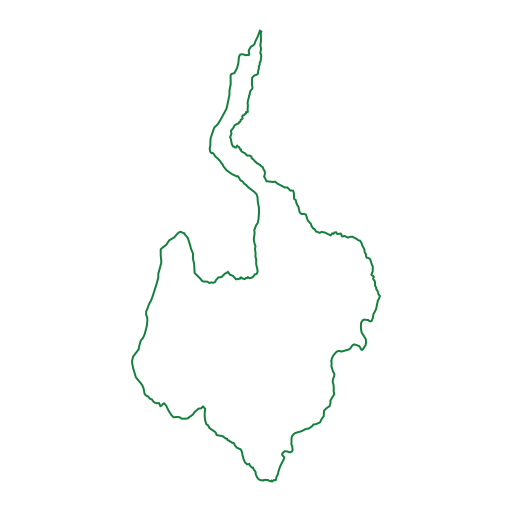 Leiva, Nariño, Colombia (Equal Earth projection)
{"feature_id": "7082276B29262956514041", "entity_name": "Leiva", "entity_type": "district", "adm_level": 2, "iso_a3": "COL", "parent_name": "Colombia", "parent_adm1": "Nariño", "projection": "equal_earth", "projection_center": [-77.3, 1.978], "detail": "fine", "context": "isolated", "style": "outline", "palette": "green", "viewbox_px": 512, "rotation_deg": 0, "n_neighbors": 0, "source": "geoboundaries", "source_scale": "gbopen_adm2", "svg_char_len": 6071}
<svg xmlns="http://www.w3.org/2000/svg" viewBox="0 0 512 512"><path d="M259.9,30.7L257.5,37.1L255.6,40.8L254.5,44.0L253.3,45.3L250.8,46.8L249.1,49.7L248.7,51.7L249.3,53.8L249.1,54.7L248.6,55.1L247.0,54.9L245.8,55.3L243.4,54.4L241.1,54.3L239.9,54.9L238.9,57.0L238.4,62.9L237.0,68.2L234.4,73.1L231.6,73.9L230.9,74.6L230.6,75.8L230.7,84.3L229.5,90.2L229.4,95.1L226.8,107.6L226.1,109.5L220.0,120.7L217.5,124.6L214.5,127.3L213.7,129.1L210.8,137.6L210.4,140.8L210.3,145.2L209.7,148.8L210.1,151.2L210.7,152.4L211.6,153.1L212.2,152.9L213.2,153.3L215.6,156.8L217.3,158.1L220.4,161.4L221.4,163.2L222.6,164.4L223.3,166.2L226.5,170.2L232.1,174.2L236.8,176.4L237.6,176.2L238.2,176.5L240.6,180.5L242.3,181.2L244.3,183.8L245.8,184.7L248.1,187.1L254.5,192.1L256.3,193.9L257.0,195.5L257.5,197.3L257.9,202.8L258.9,207.3L259.0,213.1L258.5,219.2L257.7,223.0L256.2,225.1L254.3,229.9L254.6,233.4L253.8,239.0L254.4,243.2L255.5,246.2L255.0,248.7L255.6,253.7L255.4,256.3L256.3,260.0L256.1,262.6L256.3,264.9L257.4,269.5L257.6,271.6L257.3,272.6L256.5,274.0L254.8,274.4L253.4,276.5L251.5,277.8L249.5,278.2L248.0,277.2L247.5,277.9L245.8,278.1L244.6,279.1L242.2,278.4L241.5,277.5L241.0,277.4L240.3,277.7L240.1,278.6L236.4,279.3L235.9,279.2L233.0,275.9L229.9,274.7L227.9,271.9L226.3,273.1L224.8,273.7L221.5,277.1L218.5,277.4L216.1,279.9L215.1,281.9L213.6,282.8L211.5,282.4L209.3,283.0L207.5,281.7L203.4,281.5L202.1,280.9L201.5,280.4L201.3,279.7L194.6,272.9L194.1,263.7L192.9,258.4L193.0,253.6L190.9,248.5L190.2,245.4L187.8,237.9L184.5,234.0L184.4,233.3L182.8,232.9L180.8,231.8L179.1,232.3L177.7,233.4L174.2,237.4L169.3,240.3L166.3,244.7L161.1,248.8L160.7,249.7L160.7,255.2L161.3,260.9L161.2,263.2L158.3,273.7L158.3,277.5L156.7,283.6L152.4,297.0L150.8,301.2L150.1,301.9L148.4,305.8L147.4,308.8L146.2,311.3L146.1,314.7L147.2,317.3L147.4,320.4L146.8,325.8L145.9,329.7L144.5,334.6L143.0,337.9L141.5,339.6L140.6,341.1L139.4,345.2L138.6,349.4L133.1,356.6L132.1,360.8L132.1,362.8L133.1,368.0L135.9,377.3L142.1,384.9L143.6,388.5L144.5,393.6L145.8,395.4L148.2,396.6L150.2,398.9L151.9,399.4L153.5,401.7L154.5,402.5L156.9,403.3L159.0,403.1L160.4,406.1L161.8,405.4L162.9,404.0L164.0,403.3L165.3,404.6L166.4,406.2L169.0,411.4L171.7,415.4L173.6,417.3L177.4,416.9L179.8,417.3L181.6,418.7L187.0,418.6L188.3,418.1L189.2,417.1L192.5,414.9L194.7,412.0L198.6,408.6L201.0,408.4L203.0,406.5L205.2,408.8L204.7,412.6L204.7,417.0L205.3,420.8L206.3,424.2L208.1,425.4L209.4,428.0L215.3,432.1L216.1,433.4L216.7,435.1L222.5,436.1L225.7,438.5L227.1,438.8L227.3,439.7L228.5,440.7L229.3,440.7L230.1,441.6L231.0,441.8L232.2,442.9L233.6,442.9L235.1,445.7L237.0,447.8L238.5,448.3L239.2,448.9L240.4,449.1L241.4,450.5L242.2,453.2L242.5,455.4L243.2,457.2L243.4,458.8L245.1,462.5L247.1,464.4L249.3,464.0L249.6,465.0L251.0,466.7L252.1,467.6L252.9,467.6L253.9,469.8L255.2,471.2L255.7,472.7L255.7,474.2L257.2,477.5L258.7,479.3L261.1,480.4L261.9,480.2L263.4,480.5L264.1,479.9L267.8,480.0L270.0,481.2L271.2,481.3L271.6,480.7L272.4,481.3L273.8,480.1L275.7,480.2L276.5,476.9L277.9,474.3L278.4,471.6L280.2,466.2L284.1,458.6L284.2,457.2L282.2,455.0L282.3,453.5L284.5,451.3L287.4,451.4L288.9,452.2L290.2,452.3L291.9,451.5L292.4,450.7L292.6,449.4L292.2,446.4L291.4,444.4L291.6,437.7L292.1,436.0L293.9,434.0L295.3,433.0L301.5,431.2L306.0,428.9L308.8,428.5L312.0,426.3L313.5,424.5L316.1,424.1L320.0,422.4L321.7,418.9L323.7,416.3L324.0,410.7L326.4,408.3L329.6,406.1L330.5,403.0L330.4,401.0L330.7,400.0L334.2,394.3L334.1,392.6L333.6,391.4L333.8,388.2L333.4,384.1L332.8,382.5L332.7,380.8L333.4,377.9L334.2,376.2L334.4,374.1L333.0,371.4L331.4,366.2L331.6,363.6L331.3,361.3L331.5,361.3L331.7,358.8L333.3,355.5L335.7,352.6L337.3,351.3L339.4,350.9L341.4,351.6L348.8,349.5L350.2,348.6L352.1,345.7L353.7,344.5L354.7,344.5L359.0,346.0L360.0,347.2L361.2,349.5L361.9,349.9L362.6,349.7L365.6,345.1L366.1,342.1L365.7,339.0L361.7,332.6L361.3,331.0L360.9,327.2L361.0,323.6L361.5,322.0L362.7,320.3L364.1,319.6L368.4,320.1L369.1,320.9L370.2,321.4L371.6,321.0L372.8,318.1L373.4,314.3L375.7,310.0L376.3,308.1L377.9,300.4L379.0,298.7L379.9,296.0L378.3,294.0L378.2,292.8L377.4,290.7L376.2,289.1L376.3,287.7L375.1,285.8L375.0,281.9L374.3,280.3L373.4,279.6L373.2,278.9L373.2,278.1L373.7,277.3L373.7,276.4L371.9,275.3L371.4,274.5L372.7,271.3L372.8,267.1L372.6,266.0L371.9,264.9L370.7,260.7L369.8,258.8L367.9,257.8L366.9,257.8L366.2,256.9L365.9,254.1L364.8,252.7L364.3,249.2L362.4,245.7L361.5,243.0L360.1,240.7L358.2,240.3L357.1,239.2L352.3,236.7L349.8,236.9L348.0,237.6L344.6,236.0L342.3,236.5L341.7,236.0L341.6,235.0L340.7,233.6L337.3,234.0L336.1,232.3L334.4,232.5L333.6,233.8L332.2,233.4L330.6,235.4L324.8,232.5L321.5,231.9L320.2,232.7L319.2,232.8L317.6,231.9L316.1,231.6L314.5,229.0L313.1,228.5L312.6,227.4L311.6,226.4L311.1,224.2L307.7,220.3L305.9,214.6L304.0,213.9L301.6,214.0L300.1,212.9L299.6,212.0L298.2,206.1L297.3,205.3L297.1,204.3L296.5,203.4L295.8,200.2L294.1,198.8L293.9,193.2L293.2,190.8L291.3,190.4L290.3,190.6L287.4,187.5L284.6,187.4L277.5,183.6L275.0,181.6L273.2,182.0L266.4,181.2L264.8,177.5L264.1,176.8L264.8,174.4L264.9,171.9L264.3,170.3L263.7,169.8L262.8,167.2L260.8,165.9L260.3,165.0L259.3,164.7L258.0,163.6L257.1,163.4L256.4,162.4L255.6,162.1L253.3,159.4L251.7,158.3L251.5,156.9L250.5,155.9L248.7,155.5L247.1,155.6L245.1,153.4L241.9,151.7L241.3,151.1L241.0,149.6L240.2,149.5L239.1,147.1L237.8,146.5L237.2,145.8L235.9,147.6L234.5,147.3L233.6,146.3L232.9,146.3L231.8,143.9L230.7,138.4L230.1,137.2L231.5,133.6L230.9,131.0L233.7,127.3L234.5,125.4L237.5,123.7L238.6,123.5L238.9,122.4L240.3,121.6L240.7,119.8L242.0,119.1L242.6,118.3L242.2,116.4L242.8,115.5L244.3,115.0L244.6,114.1L246.0,113.5L246.1,112.1L247.6,112.1L247.8,111.6L247.6,110.0L247.9,105.0L247.6,103.4L247.9,100.8L249.0,96.8L249.0,95.7L249.7,94.6L249.9,92.4L250.6,90.6L252.3,88.8L252.4,87.7L252.4,86.7L251.9,84.6L252.1,77.8L254.1,75.6L256.7,74.7L257.9,73.7L258.1,71.0L258.9,68.5L258.8,66.5L259.7,64.7L259.7,62.7L260.6,61.2L261.2,57.0L261.1,54.4L260.3,53.2L261.1,48.6L260.3,45.1L260.6,44.1L260.6,42.4L261.0,41.4L260.8,33.2L261.4,31.6L259.9,30.7Z" fill="none" stroke="#15803d" stroke-width="2"/></svg>